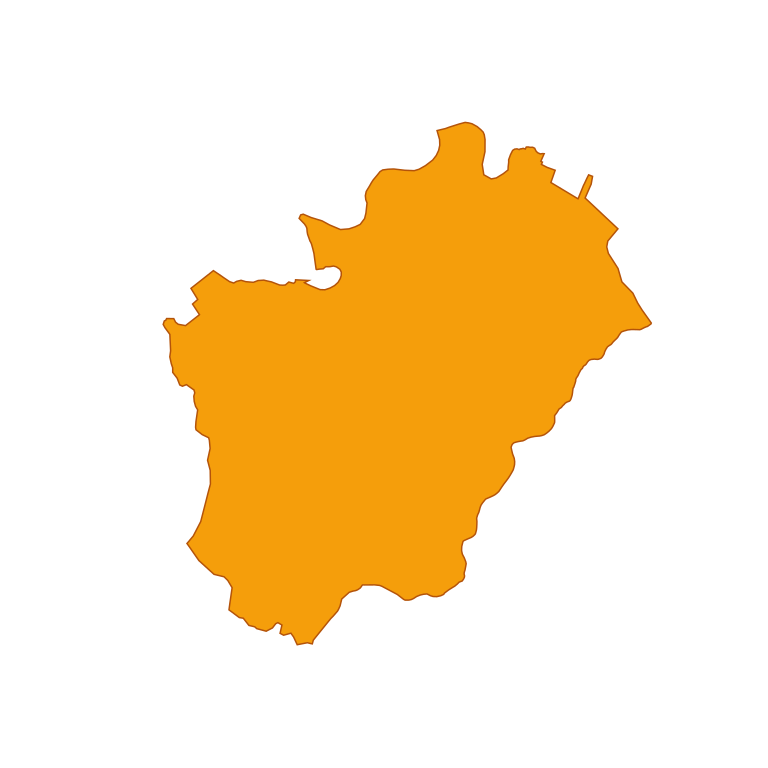 Bata, Arad, Romania, rotated 291°
{"feature_id": "2599482B24264783228230", "entity_name": "Bata", "entity_type": "district", "adm_level": 2, "iso_a3": "ROU", "parent_name": "Romania", "parent_adm1": "Arad", "projection": "natural_earth1", "projection_center": [22.051, 46.0], "detail": "fine", "context": "isolated", "style": "filled", "palette": "amber", "viewbox_px": 768, "rotation_deg": 291, "n_neighbors": 0, "source": "geoboundaries", "source_scale": "gbopen_adm2", "svg_char_len": 5511}
<svg xmlns="http://www.w3.org/2000/svg" viewBox="0 0 768 768"><g transform="rotate(291 384 384)"><path d="M536.7,611.7L537.8,610.1L544.7,599.7L545.5,598.5L550.5,591.8L558.0,583.8L564.6,569.5L567.1,567.6L575.7,561.1L586.3,546.7L591.8,542.8L597.7,541.7L612.7,546.8L619.5,530.1L624.6,517.6L629.7,505.1L638.7,505.5L644.8,505.8L652.6,504.3L652.6,500.1L648.7,499.7L642.7,499.3L641.1,499.1L626.5,498.8L626.5,498.2L631.9,467.6L644.9,467.2L644.7,458.7L645.4,452.3L647.9,452.4L648.1,450.6L656.4,451.0L656.0,449.6L654.8,447.4L655.0,444.5L656.0,442.4L658.1,440.2L658.3,438.0L657.8,436.7L657.3,435.6L657.0,433.7L656.2,431.9L654.0,431.7L653.9,429.5L652.8,428.0L652.5,427.3L652.1,426.7L651.3,426.2L651.2,423.9L650.1,421.8L648.2,420.4L643.4,419.9L638.0,420.0L635.8,420.9L631.2,422.1L628.3,423.1L623.1,420.0L616.6,415.0L613.9,410.6L615.1,402.2L624.2,397.0L637.1,395.0L648.5,390.7L650.5,389.5L652.6,388.3L654.7,386.3L656.1,383.3L657.7,378.7L658.5,372.9L658.1,369.5L657.3,366.0L653.6,360.9L647.2,352.9L644.4,349.7L643.6,348.5L639.6,342.7L632.1,348.3L626.9,350.5L621.7,351.3L616.1,350.9L610.5,349.2L602.8,344.5L597.1,339.8L594.0,335.8L591.0,326.9L588.2,316.0L586.0,310.9L583.4,306.1L580.9,304.2L576.5,302.8L570.7,300.8L567.4,300.1L563.4,299.5L560.2,298.9L557.4,298.4L553.1,299.1L549.6,300.9L546.9,303.3L543.1,304.3L537.0,305.9L531.5,306.6L524.5,304.6L520.4,300.7L516.3,295.7L512.6,288.0L513.0,276.1L514.1,267.8L513.3,256.3L513.6,247.7L512.0,245.6L508.2,245.4L506.5,249.0L504.9,252.4L503.2,254.8L501.7,256.2L498.6,257.7L496.4,259.0L493.6,261.4L490.9,263.7L490.0,264.9L488.5,266.3L484.7,269.1L480.8,271.8L474.2,275.4L466.8,279.5L466.7,280.1L468.0,282.3L469.8,286.0L472.6,287.5L474.2,291.6L476.0,294.5L476.3,297.6L475.3,301.7L473.2,304.0L469.9,305.2L466.7,305.4L462.4,304.7L458.2,302.6L454.3,299.3L450.8,295.1L449.2,290.5L449.3,285.4L449.4,280.4L449.9,274.2L450.1,273.4L453.7,276.7L449.6,264.1L447.7,264.6L445.6,263.6L445.1,258.6L441.1,256.4L440.0,254.2L439.0,251.1L439.0,246.8L439.0,244.2L439.0,242.4L438.3,237.7L437.9,234.6L435.5,229.4L432.1,225.6L430.0,218.3L429.6,213.4L427.0,209.6L424.4,207.5L424.2,203.2L425.9,195.9L426.5,193.6L428.7,184.1L404.1,169.5L396.2,179.8L390.0,176.6L382.6,186.9L367.4,177.8L366.0,170.5L367.0,167.3L369.7,164.3L367.2,157.6L365.3,157.4L364.1,156.3L360.5,156.5L358.1,159.3L353.6,166.3L338.5,172.9L332.6,174.3L326.8,178.1L323.4,180.9L319.1,182.6L315.3,188.8L309.9,193.7L309.7,196.6L312.6,199.8L310.3,208.8L307.9,210.5L304.5,210.8L299.7,213.1L295.6,216.1L293.1,219.3L281.6,221.9L276.1,223.6L273.9,224.9L271.6,232.4L271.0,239.5L268.9,241.1L261.4,244.8L249.6,246.6L241.1,252.7L228.4,257.8L219.1,258.8L207.3,260.2L189.9,262.2L173.7,260.4L169.1,258.8L167.5,258.3L164.5,257.2L162.2,260.7L152.8,274.5L145.4,293.5L146.7,303.8L144.6,308.6L139.4,315.2L124.0,318.7L117.6,320.2L114.1,332.6L114.9,336.6L110.2,344.4L111.0,350.3L110.0,352.9L111.0,362.6L116.3,367.3L121.4,368.8L123.2,370.5L122.4,375.1L114.0,376.3L113.5,380.3L118.0,386.4L115.4,390.3L109.5,396.4L115.0,405.2L115.4,408.5L115.7,410.2L119.5,409.8L123.9,411.2L145.8,418.3L149.0,419.7L155.3,422.0L157.4,422.3L161.1,422.5L168.1,421.6L177.1,426.2L179.5,429.2L181.0,431.6L182.4,433.1L184.8,434.8L186.9,435.5L188.0,435.6L188.8,436.1L189.4,437.8L193.1,447.2L194.4,452.1L194.4,454.6L192.3,471.8L190.0,479.4L189.8,481.1L191.2,484.7L192.6,486.8L194.4,488.5L197.3,490.6L200.0,493.5L201.9,496.3L203.4,499.4L203.0,503.3L203.2,506.0L204.4,509.5L206.7,512.9L209.0,515.1L210.5,515.4L215.0,518.2L217.8,520.3L219.5,521.6L220.6,522.5L223.5,524.1L226.0,525.2L228.1,527.6L230.5,528.2L232.4,528.3L233.7,528.0L235.2,527.0L236.2,526.6L237.5,526.4L239.3,526.3L243.2,525.6L245.7,525.1L247.4,524.0L250.5,521.2L252.5,518.9L253.4,518.0L256.0,516.3L257.2,515.8L260.2,514.8L265.1,514.2L266.0,514.4L267.8,516.1L269.9,518.2L272.0,520.4L273.6,521.6L275.6,522.6L276.8,523.0L278.2,522.9L280.9,522.6L282.8,522.1L285.9,521.1L289.0,520.0L291.4,518.8L292.5,518.5L295.5,518.3L298.1,518.5L300.5,518.3L303.1,518.0L305.6,518.0L308.0,518.5L312.6,520.0L313.3,520.4L316.8,524.0L319.0,526.1L320.6,527.4L322.4,528.5L324.8,529.7L327.9,530.4L330.2,530.9L333.8,531.8L337.5,532.9L341.2,533.9L344.8,534.6L347.9,535.1L350.3,535.4L353.4,535.1L355.4,534.8L358.4,533.8L361.3,532.2L364.8,529.1L367.7,527.1L370.5,525.3L373.4,525.3L374.9,525.9L375.7,526.4L377.0,528.0L378.3,529.9L379.7,532.2L380.7,534.0L382.3,535.6L384.5,537.3L384.9,537.6L387.0,540.2L389.0,543.4L390.4,546.2L391.2,547.9L392.4,549.8L393.5,551.1L394.1,551.8L396.4,553.4L399.0,554.9L402.3,556.3L404.8,556.8L407.3,557.0L409.0,557.1L410.4,556.7L412.7,555.8L415.6,554.6L418.6,555.5L420.6,555.9L421.8,556.1L423.4,556.4L425.7,558.0L427.7,558.6L429.5,559.5L431.0,560.0L432.6,561.2L433.1,561.7L434.5,563.3L435.4,563.7L437.0,563.9L439.1,563.8L441.2,563.6L443.5,563.1L444.5,562.8L447.0,562.2L447.9,562.0L448.8,562.3L453.1,562.1L455.4,561.9L457.0,561.4L458.3,561.4L460.4,561.9L461.5,562.1L463.3,562.2L464.0,562.2L465.5,562.4L467.8,562.7L469.7,563.6L471.5,563.7L472.9,564.3L474.0,565.2L475.0,565.6L477.0,566.0L477.8,566.2L479.5,566.9L480.1,567.4L481.2,568.7L482.0,570.3L482.6,571.4L483.0,572.9L483.5,574.5L484.0,575.4L485.7,577.3L487.5,578.1L490.0,578.6L491.1,578.7L492.9,578.5L495.8,578.7L498.8,579.3L500.6,580.5L502.0,581.6L503.0,582.1L505.0,582.7L507.3,583.7L510.0,585.0L511.4,585.5L513.7,585.9L516.5,586.6L517.7,587.0L519.4,588.9L521.0,591.1L521.8,592.1L523.4,595.2L524.3,597.4L524.9,599.2L525.7,601.4L526.3,603.2L527.1,604.3L529.9,606.8L531.2,608.1L532.2,609.4L535.4,611.5L535.7,611.7L536.7,611.7Z" fill="#f59e0b" stroke="#b45309" stroke-width="1.5"/></g></svg>